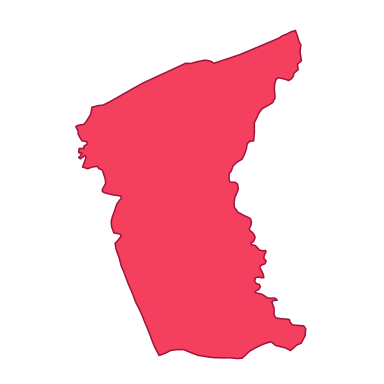 Ekeremor, Bayelsa, Nigeria, rotated 92°
{"feature_id": "59680162B22876202690460", "entity_name": "Ekeremor", "entity_type": "district", "adm_level": 2, "iso_a3": "NGA", "parent_name": "Nigeria", "parent_adm1": "Bayelsa", "projection": "orthographic", "projection_center": [5.719, 4.944], "detail": "fine", "context": "isolated", "style": "filled", "palette": "rose", "viewbox_px": 384, "rotation_deg": 92, "n_neighbors": 0, "source": "geoboundaries", "source_scale": "gbopen_adm2", "svg_char_len": 3210}
<svg xmlns="http://www.w3.org/2000/svg" viewBox="0 0 384 384"><g transform="rotate(92 192 192)"><path d="M356.5,219.1L354.1,213.1L353.5,212.0L351.1,207.8L350.2,202.8L349.8,194.8L352.9,186.7L355.0,180.3L356.4,169.3L356.8,164.1L356.7,153.9L356.3,148.4L356.9,141.0L356.3,136.0L351.7,131.5L349.1,128.9L345.1,122.3L342.7,117.8L340.8,113.5L340.6,113.1L339.0,107.8L342.5,102.9L344.5,93.2L347.0,88.2L345.7,86.5L341.3,82.0L339.3,77.6L331.6,73.9L324.7,73.6L321.9,75.7L321.7,78.9L321.4,86.9L318.6,89.5L316.4,90.0L315.8,91.4L315.5,98.9L314.8,103.9L312.0,105.7L305.2,105.9L299.2,108.3L297.8,107.3L297.1,103.2L296.8,103.2L295.1,105.5L295.2,108.1L295.5,109.8L295.1,112.9L293.4,115.7L291.9,118.3L291.1,121.1L291.1,121.5L290.7,123.8L289.9,125.2L289.8,125.4L288.4,124.6L287.7,122.8L287.3,122.0L286.9,121.7L284.3,120.4L282.0,121.4L281.4,124.2L279.5,126.2L275.5,125.6L275.0,123.9L274.8,121.9L275.3,118.7L275.1,117.3L272.5,117.7L270.0,118.8L267.3,120.3L265.7,121.3L265.2,121.4L264.5,121.6L262.9,120.4L261.8,118.0L261.2,116.6L258.5,115.5L256.6,117.0L255.6,118.0L252.3,117.4L249.1,115.9L247.9,116.6L248.3,119.7L247.4,123.0L245.2,124.7L243.3,127.0L242.5,130.8L240.7,131.1L239.6,129.0L237.3,127.9L234.6,127.4L231.5,129.1L229.6,131.2L228.1,133.1L226.3,133.3L223.3,132.0L219.8,131.5L216.7,132.7L215.5,134.7L213.4,139.8L210.7,145.1L210.7,145.3L205.8,149.1L201.5,149.6L195.7,148.9L190.8,146.9L187.3,145.8L182.6,146.7L181.0,148.8L180.8,149.0L180.8,151.7L180.9,153.7L180.0,154.9L177.2,155.5L172.5,155.5L169.6,153.5L167.1,152.7L164.6,152.0L160.5,147.9L157.5,143.2L152.9,141.0L146.6,139.1L142.1,138.6L139.3,136.2L138.8,132.2L130.6,131.7L120.8,132.1L117.4,130.7L111.3,128.1L106.5,125.0L103.0,119.4L102.6,118.6L99.8,114.5L95.2,112.3L90.4,112.7L86.6,113.3L80.9,113.1L76.5,111.9L74.8,109.6L75.8,104.0L77.2,99.2L75.5,96.7L73.2,95.0L69.5,94.0L66.1,90.2L60.5,91.0L57.1,87.2L48.0,88.9L41.2,88.3L37.9,90.4L33.7,91.6L29.9,93.2L27.1,94.2L28.1,97.8L31.0,103.3L31.8,105.1L32.9,107.5L35.2,110.6L52.9,148.7L62.6,174.7L60.7,177.6L59.7,183.4L61.7,191.9L63.6,197.7L63.6,202.9L67.9,211.4L70.3,216.1L76.1,227.6L84.8,244.9L87.8,249.8L90.7,254.7L97.1,265.0L104.4,276.9L108.2,283.7L108.9,288.6L110.7,294.9L118.0,296.0L125.6,300.4L128.2,302.5L129.2,307.9L130.7,310.4L135.2,307.9L138.2,307.8L141.0,306.2L144.7,303.7L145.1,300.9L145.7,298.5L148.1,298.7L149.6,301.3L151.0,301.9L152.4,301.7L152.4,306.2L155.6,306.7L156.9,306.3L156.6,304.0L157.4,303.2L157.7,303.6L158.7,304.4L159.9,304.8L161.2,306.4L161.9,306.0L162.5,305.2L162.7,304.4L161.8,303.4L160.8,301.9L159.3,300.5L159.5,300.2L160.5,299.1L164.3,300.1L170.9,302.2L172.4,297.0L170.5,292.5L169.7,287.5L172.1,285.7L172.9,282.6L180.7,279.6L183.8,278.9L186.7,278.7L192.1,281.5L193.8,281.9L195.0,281.1L195.4,280.3L196.5,276.7L197.6,271.3L197.9,268.1L198.5,263.3L201.1,262.3L202.7,264.1L206.2,266.5L208.9,267.4L210.5,268.0L213.3,268.6L219.7,270.8L220.8,271.0L224.3,271.7L226.8,271.5L229.9,271.0L235.6,268.7L236.6,262.3L238.5,261.2L243.8,265.1L246.0,267.1L252.2,265.8L260.3,262.5L268.5,260.1L273.4,257.7L278.1,255.8L286.0,252.5L295.6,247.9L304.4,244.3L309.4,241.4L316.5,237.8L323.2,234.9L329.8,231.8L335.8,229.2L342.9,226.3L348.6,223.7L350.7,222.5L356.5,219.1Z" fill="#f43f5e" stroke="#9f1239" stroke-width="1.5"/></g></svg>